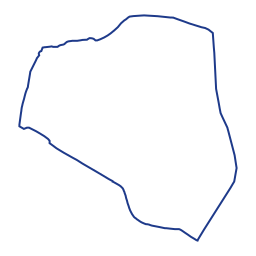 outline of Rajuzah, Al Jawf, Yemen
{"feature_id": "15242507B9382148202065", "entity_name": "Rajuzah", "entity_type": "district", "adm_level": 2, "iso_a3": "YEM", "parent_name": "Yemen", "parent_adm1": "Al Jawf", "projection": "mercator", "projection_center": [44.482, 16.62], "detail": "fine", "context": "isolated", "style": "outline", "palette": "blue", "viewbox_px": 256, "rotation_deg": 0, "n_neighbors": 0, "source": "geoboundaries", "source_scale": "gbopen_adm2", "svg_char_len": 2439}
<svg xmlns="http://www.w3.org/2000/svg" viewBox="0 0 256 256"><path d="M197.6,240.6L198.0,239.5L198.3,239.0L204.0,229.6L230.4,188.0L233.1,183.4L234.2,181.6L234.6,179.4L235.9,172.0L236.6,168.1L236.5,167.2L236.4,166.8L234.7,155.8L234.6,155.2L231.0,141.4L228.3,131.1L227.7,129.0L227.4,127.7L222.5,117.3L220.6,113.1L219.7,108.5L218.7,102.8L216.1,88.9L214.6,59.0L214.3,52.9L213.8,47.1L212.8,33.0L208.5,29.6L205.1,28.0L204.6,27.9L201.4,27.2L189.5,23.5L184.4,21.6L177.0,19.0L173.2,17.6L170.1,17.5L157.7,16.2L144.1,15.4L140.6,15.6L133.4,16.1L131.1,16.4L129.6,16.6L128.3,17.4L125.9,19.4L125.1,19.9L124.3,20.4L121.0,23.3L117.8,27.2L114.6,30.1L110.6,33.4L107.6,35.5L104.1,37.5L100.2,39.3L97.2,40.4L95.5,40.4L93.6,38.8L92.9,38.6L91.9,38.3L89.7,38.1L89.1,38.4L88.6,38.6L87.0,39.7L82.7,39.9L80.5,40.3L77.3,40.8L74.5,40.8L73.9,40.8L73.2,40.8L72.3,40.8L71.1,41.0L68.9,41.3L68.3,41.4L66.9,41.9L65.5,43.0L64.4,44.1L63.2,44.6L61.1,45.0L60.2,45.2L59.4,45.6L58.8,45.9L58.2,46.3L57.7,46.8L57.2,46.9L53.2,46.9L51.7,46.4L49.8,46.7L45.3,47.2L44.8,47.2L42.6,47.6L41.3,51.1L40.4,51.3L40.0,51.6L39.5,52.1L39.2,52.6L38.9,53.1L38.8,53.3L38.8,54.0L39.2,55.3L36.9,58.2L36.9,58.3L36.7,58.7L36.4,59.4L35.8,60.7L31.2,69.9L30.7,70.9L30.3,71.7L30.0,73.8L29.1,79.2L28.9,80.2L28.9,80.4L28.0,85.8L28.0,86.2L27.7,87.7L27.2,88.4L26.8,89.5L26.0,91.6L25.4,93.5L24.9,95.4L24.4,97.4L23.9,99.4L23.8,99.7L23.3,101.4L22.7,103.5L22.3,105.3L22.0,106.6L21.8,107.3L21.5,109.2L21.3,111.1L21.0,112.9L19.4,124.7L19.4,126.3L20.4,126.9L23.9,128.9L26.9,127.7L29.1,127.7L36.0,131.2L38.6,132.7L44.2,136.1L48.1,139.0L49.6,140.8L49.6,143.2L51.0,144.2L56.5,148.3L60.1,150.5L63.9,152.8L72.8,157.8L76.7,159.9L82.2,163.4L84.4,164.7L96.1,171.5L108.5,178.9L110.5,180.0L112.4,181.0L112.7,181.2L112.7,181.6L112.8,181.6L119.0,185.1L120.7,186.3L121.7,187.3L122.7,188.3L123.4,189.6L123.8,190.8L124.4,192.0L124.7,193.2L125.2,194.5L125.7,195.9L125.7,196.1L126.2,198.3L127.0,200.7L127.6,203.2L128.6,206.0L129.2,208.0L129.7,209.2L130.0,210.1L131.0,212.1L132.1,214.2L133.1,215.6L133.8,216.7L134.7,217.6L135.9,218.4L136.9,219.3L138.0,220.0L139.1,220.8L140.6,221.8L142.1,222.6L144.4,223.6L146.0,224.2L147.1,224.2L149.1,224.6L150.3,225.1L151.9,225.6L159.2,227.0L164.9,228.2L166.3,228.2L170.7,228.7L174.6,229.1L178.2,229.1L179.3,229.2L180.2,229.6L181.3,230.2L182.8,231.2L185.1,232.8L187.8,234.6L190.9,236.8L193.8,238.5L196.5,240.2L197.4,240.5L197.5,240.6L197.6,240.6Z" fill="none" stroke="#1e3a8a" stroke-width="2"/></svg>